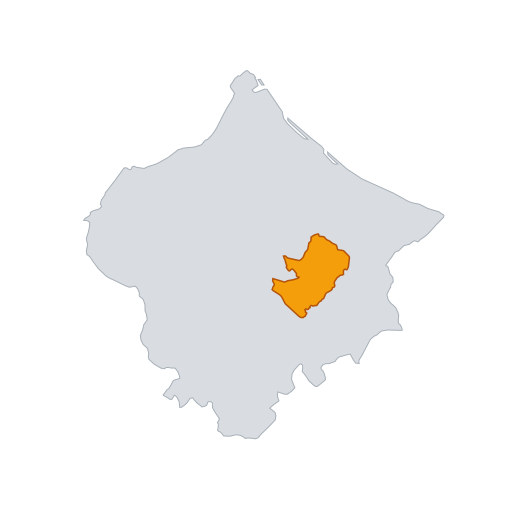 Haut-Sassandra on a map of Ivory Coast (Mercator projection), rotated 226°
{"feature_id": "CIV-3446", "entity_name": "Haut-Sassandra", "entity_type": "Department", "adm_level": 1, "iso_a3": "CIV", "parent_name": "Ivory Coast", "parent_adm1": "", "projection": "mercator", "projection_center": [-6.612, 7.016], "detail": "fine", "context": "in_parent", "style": "filled", "palette": "amber", "viewbox_px": 512, "rotation_deg": 226, "n_neighbors": 0, "source": "natural_earth", "source_scale": "10m", "svg_char_len": 6332}
<svg xmlns="http://www.w3.org/2000/svg" viewBox="0 0 512 512"><g transform="rotate(226 256 256)"><path d="M132.2,121.5L133.7,121.5L137.6,120.3L141.1,117.7L144.4,112.2L148.9,107.8L153.9,108.2L155.4,107.4L157.2,107.2L159.3,110.1L161.4,112.3L162.9,112.4L164.1,116.5L173.3,118.3L177.2,119.4L180.5,122.5L181.7,122.5L183.1,121.9L184.1,120.8L184.4,119.7L182.9,116.9L183.6,114.5L185.0,112.2L187.4,112.1L191.0,111.5L195.1,111.5L198.1,111.9L199.3,109.7L198.2,103.5L198.5,100.1L199.0,97.2L200.1,96.0L204.7,99.6L208.8,100.9L211.8,101.0L212.6,100.4L211.4,96.4L211.7,95.2L212.8,94.5L214.8,94.1L220.1,92.5L220.6,92.8L221.6,99.1L221.2,101.1L222.3,105.3L223.7,109.3L223.6,110.8L222.4,113.3L221.1,115.5L221.2,116.4L223.4,117.9L227.4,119.5L231.6,119.9L233.9,117.6L236.4,115.7L238.1,114.1L238.6,111.6L241.3,109.8L248.9,107.6L255.9,107.2L257.6,107.9L260.8,111.4L264.8,113.7L270.9,113.4L275.3,114.8L279.1,117.5L281.7,123.3L284.5,127.5L285.7,133.5L290.2,136.7L293.6,138.1L298.3,142.5L303.2,144.7L308.3,144.2L310.6,146.5L314.4,148.1L318.2,148.2L321.5,143.2L325.8,141.2L336.9,137.2L341.3,135.4L345.7,134.2L356.3,133.8L366.2,135.1L371.2,136.0L374.5,135.3L377.7,137.7L381.0,142.7L383.7,144.3L386.5,146.1L388.5,150.0L390.9,153.9L392.2,155.7L395.2,159.5L397.7,159.6L400.3,157.9L401.3,156.7L401.8,159.2L400.8,163.4L401.0,165.9L402.4,166.9L401.7,170.2L398.8,175.8L398.7,179.2L401.6,180.2L403.7,183.7L404.9,189.7L406.2,191.7L406.3,193.0L408.4,207.6L411.0,222.2L409.4,224.1L407.1,224.6L405.6,225.3L405.2,226.7L406.2,228.7L405.5,230.5L402.7,231.7L396.6,236.4L396.1,238.2L394.5,242.2L393.2,244.6L391.2,249.0L388.0,260.9L386.8,270.7L386.6,273.7L385.4,275.8L384.0,278.8L377.3,287.2L373.9,294.0L374.3,297.0L374.5,300.0L373.5,302.1L373.7,307.9L374.5,312.8L375.7,317.5L380.5,331.0L383.0,339.1L384.6,345.7L386.0,350.1L387.3,351.9L387.8,353.6L395.0,354.8L396.4,355.8L398.3,364.3L398.0,368.2L396.6,369.6L396.6,372.9L396.3,377.0L395.3,378.6L391.2,378.8L388.5,380.3L384.9,379.7L384.6,378.7L382.6,378.4L377.3,376.0L378.2,368.6L375.7,368.3L373.8,369.3L370.0,378.2L368.2,379.7L341.6,375.1L335.8,371.4L328.9,370.6L316.9,371.0L306.9,372.1L304.1,374.4L329.2,373.0L331.9,373.3L333.1,374.7L301.4,377.6L289.3,379.3L285.7,378.9L283.0,376.0L269.8,375.7L267.1,376.6L265.5,378.7L270.7,378.3L278.9,378.1L281.1,379.7L255.5,381.8L237.7,385.8L230.2,388.8L205.5,398.6L190.4,403.2L186.4,404.9L179.6,409.6L170.8,412.6L160.9,418.2L154.8,419.5L153.5,417.7L153.3,408.2L152.5,395.5L152.8,390.7L153.6,386.1L153.6,382.3L156.6,380.9L157.4,379.3L157.9,374.3L160.7,369.8L160.7,362.0L161.6,360.4L162.2,358.3L161.0,353.1L159.4,343.4L158.7,342.8L158.0,343.2L156.4,343.4L150.2,340.0L145.4,339.5L142.0,336.6L141.8,333.3L140.2,331.4L139.0,327.7L137.3,323.3L132.6,320.7L128.2,320.1L125.0,320.6L121.3,320.5L117.1,319.0L114.1,317.4L111.4,314.2L108.8,311.7L106.8,312.0L104.3,311.4L101.8,310.2L101.0,309.4L111.3,299.3L114.8,294.3L115.2,291.3L115.2,288.3L116.3,285.1L116.6,280.4L110.9,263.1L109.5,257.7L107.9,256.1L107.0,255.5L109.8,253.3L113.8,253.9L119.9,255.6L121.2,253.9L125.8,245.2L125.7,241.9L125.2,239.7L127.9,233.7L130.1,231.4L131.2,228.8L130.8,225.4L129.2,224.2L127.1,224.4L124.5,223.6L120.6,221.6L118.7,219.9L119.3,211.9L119.6,209.5L121.0,208.1L123.2,207.7L129.2,207.4L134.1,208.3L138.4,208.9L140.7,208.9L142.5,211.2L145.0,213.6L147.1,213.6L147.9,211.8L147.4,204.0L145.9,199.8L142.7,195.9L134.2,192.4L134.0,187.7L134.8,182.5L136.7,180.6L143.0,177.3L141.9,175.6L139.8,173.7L135.8,171.8L136.8,165.6L137.0,160.1L133.6,160.7L130.1,161.0L127.2,159.3L124.7,155.9L124.3,146.7L124.3,136.0L123.8,131.3L124.7,128.8L127.7,126.5L131.0,123.5L132.2,121.5ZM381.5,379.9L380.1,381.9L373.4,380.6L375.0,378.9L381.5,379.9Z" fill="#d9dde1" stroke="#a8b0b8" stroke-width="1"/><path d="M179.7,252.9L179.4,252.5L178.8,250.2L178.5,249.4L178.8,248.9L178.9,248.4L178.9,247.9L178.9,247.3L180.1,246.0L181.2,245.3L182.7,245.0L201.3,243.9L208.9,246.1L210.0,246.2L211.6,246.1L219.1,244.3L220.7,244.3L221.3,245.7L221.9,246.7L222.0,246.9L222.1,247.2L222.3,248.8L222.5,249.1L222.9,249.4L224.9,250.2L226.2,250.6L227.1,251.2L228.0,252.5L218.1,258.0L217.4,258.5L216.8,259.7L216.5,261.0L215.8,262.2L213.1,266.2L210.7,271.1L210.8,272.2L212.0,271.7L212.5,271.4L213.2,271.2L213.6,271.3L214.1,271.7L214.5,272.1L214.8,272.5L215.1,272.8L215.6,273.0L216.4,273.0L218.1,273.3L219.4,273.4L220.5,273.3L221.5,273.0L221.8,272.3L222.0,271.5L221.9,270.0L222.0,269.7L222.6,269.4L222.9,269.3L223.6,269.3L224.6,269.4L226.9,270.0L227.3,270.5L227.5,271.2L227.7,271.4L227.8,271.6L228.2,271.7L229.5,272.2L231.8,273.5L232.4,273.7L233.4,274.5L233.5,274.5L234.8,274.7L236.8,275.7L236.3,276.3L236.1,276.5L236.0,276.9L235.7,277.1L235.0,277.2L233.5,277.3L232.4,277.5L223.3,283.5L222.6,284.1L222.4,285.0L222.2,285.9L222.2,287.7L222.3,288.7L222.6,289.8L224.4,293.6L224.5,294.5L224.6,296.2L225.0,298.1L226.9,300.7L228.7,303.2L228.5,304.4L228.8,306.2L231.3,308.7L230.8,311.8L230.3,313.1L229.1,315.5L228.7,316.0L228.4,316.2L228.0,316.0L227.0,315.5L226.8,315.4L226.5,315.3L226.3,315.3L226.1,315.4L223.1,317.9L222.6,318.2L222.1,318.3L219.5,318.1L218.8,318.2L217.9,318.4L216.4,319.1L214.5,319.5L213.0,319.7L211.8,319.9L208.7,321.2L207.8,321.2L206.9,320.9L204.4,319.4L203.8,319.2L203.4,319.4L199.6,322.3L199.0,322.6L198.5,322.7L191.2,322.7L190.7,322.6L189.9,322.1L184.1,315.0L183.0,312.3L183.0,312.0L183.2,311.6L183.5,311.4L184.0,311.3L184.5,311.1L184.8,310.8L184.9,310.5L184.9,310.2L184.9,309.8L184.8,309.2L184.4,308.3L182.7,306.8L182.2,306.4L182.0,306.2L182.2,305.3L183.8,302.9L183.6,301.4L183.7,300.8L183.9,300.5L184.0,300.3L184.0,300.0L184.1,299.7L183.2,295.3L183.0,294.7L182.7,294.2L182.0,293.4L181.7,293.1L181.3,292.8L180.3,292.4L180.1,292.3L179.9,292.1L179.7,291.8L179.5,291.4L179.4,291.0L179.4,290.5L179.6,290.0L179.8,289.7L180.0,289.4L180.1,288.9L179.3,287.8L179.2,286.7L179.2,286.1L179.5,284.5L180.4,281.6L180.5,280.9L180.5,280.1L178.5,275.4L178.5,274.9L178.9,273.1L178.8,272.6L178.5,272.1L178.4,271.5L178.7,271.0L179.0,270.1L178.9,268.8L178.4,266.3L178.2,265.7L178.2,265.4L178.3,265.1L178.5,265.0L178.8,264.9L179.0,264.4L179.4,264.0L179.7,263.5L179.9,262.9L180.4,262.2L181.3,261.9L182.2,261.3L182.3,259.9L182.1,259.6L181.5,259.2L181.3,259.1L181.4,258.8L181.5,258.6L181.7,258.4L181.6,257.8L181.3,256.6L181.7,255.9L182.7,255.5L183.4,255.0L183.4,254.0L183.0,253.6L181.9,253.5L181.4,252.6L180.8,252.6L179.7,252.9Z" fill="#f59e0b" stroke="#b45309" stroke-width="1.5"/></g></svg>